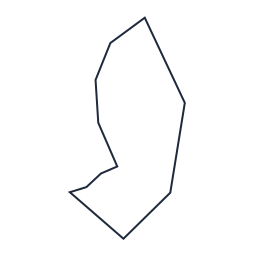 map outline of Annobón (Robinson projection), rotated 2°
{"feature_id": "GNQ-1467", "entity_name": "Annobón", "entity_type": "Province", "adm_level": 1, "iso_a3": "GNQ", "parent_name": "Equatorial Guinea", "parent_adm1": "", "projection": "robinson", "projection_center": [5.626, -1.446], "detail": "fine", "context": "isolated", "style": "outline", "palette": "slate", "viewbox_px": 256, "rotation_deg": 2, "n_neighbors": 0, "source": "natural_earth", "source_scale": "10m", "svg_char_len": 301}
<svg xmlns="http://www.w3.org/2000/svg" viewBox="0 0 256 256"><g transform="rotate(2 128 128)"><path d="M118.6,166.8L98.1,123.8L93.9,81.1L107.4,43.7L140.9,17.2L183.9,100.9L172.5,191.2L127.3,238.8L72.1,194.2L88.5,188.5L102.6,174.4L118.6,166.8Z" fill="none" stroke="#1e293b" stroke-width="2"/></g></svg>